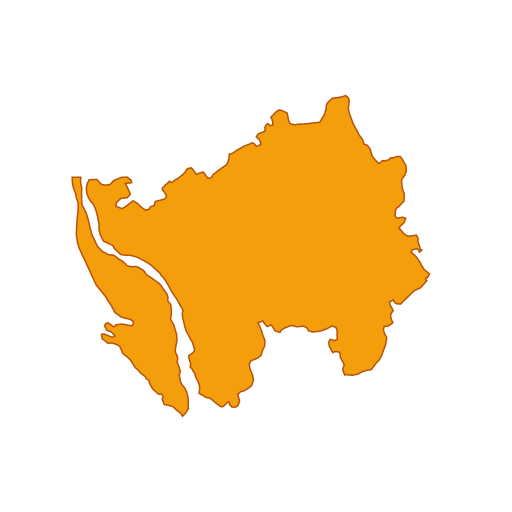 Markz Bani Mazar, Al Minya, Egypt (Natural Earth projection), rotated 153°
{"feature_id": "37247803B20583905741630", "entity_name": "Markz Bani Mazar", "entity_type": "district", "adm_level": 2, "iso_a3": "EGY", "parent_name": "Egypt", "parent_adm1": "Al Minya", "projection": "natural_earth1", "projection_center": [30.776, 28.515], "detail": "fine", "context": "isolated", "style": "filled", "palette": "amber", "viewbox_px": 512, "rotation_deg": 153, "n_neighbors": 0, "source": "geoboundaries", "source_scale": "gbopen_adm2", "svg_char_len": 6155}
<svg xmlns="http://www.w3.org/2000/svg" viewBox="0 0 512 512"><g transform="rotate(153 256 256)"><path d="M369.1,159.6L364.4,152.2L362.0,150.9L360.4,147.8L358.1,142.3L355.8,137.6L353.5,136.8L347.7,138.6L346.2,137.8L346.9,136.2L346.9,135.4L346.0,132.3L343.1,130.7L340.1,130.8L338.1,132.7L336.5,134.1L335.1,141.3L333.7,141.3L331.5,142.1L328.5,141.4L324.1,141.5L318.9,142.4L314.6,146.5L313.2,151.3L312.6,158.5L311.2,162.5L308.3,164.9L300.9,164.3L296.5,165.2L293.6,168.5L289.2,171.8L286.4,176.6L285.8,182.9L285.1,186.9L284.5,193.3L284.6,195.7L279.4,195.0L279.3,193.4L278.5,188.7L277.7,187.9L274.1,188.0L273.3,185.6L273.2,180.9L269.4,177.0L267.2,178.6L262.8,178.8L256.1,178.1L251.6,174.3L245.6,172.0L243.3,168.9L243.3,165.7L240.2,162.7L236.5,161.2L232.0,159.7L226.1,159.0L220.2,159.2L217.2,156.1L217.8,152.1L220.0,148.1L221.4,144.9L224.3,144.8L227.4,147.9L228.1,147.9L230.3,146.2L231.7,142.2L231.5,135.1L229.3,135.1L225.6,132.9L225.5,130.5L226.9,127.3L226.7,119.3L230.4,115.3L231.0,109.7L230.2,109.7L227.9,108.3L225.0,106.4L224.2,105.9L221.3,105.2L219.0,104.5L213.9,104.6L209.4,103.9L204.9,102.4L199.8,104.9L196.2,106.6L193.2,107.5L189.6,110.0L180.9,118.1L176.6,123.8L176.7,128.5L176.0,132.5L173.8,135.0L170.1,133.5L164.2,134.4L164.3,137.6L162.9,142.4L160.7,144.0L158.5,144.9L158.7,152.0L158.0,154.4L156.8,154.4L153.6,154.6L153.5,151.4L152.7,149.8L149.0,147.5L142.7,149.6L138.7,150.8L130.5,153.3L125.6,153.1L124.0,152.9L115.1,156.4L115.4,157.0L115.3,158.9L113.7,159.6L113.0,158.8L109.5,161.3L112.6,168.4L112.5,171.2L112.8,172.8L112.6,175.5L113.1,179.2L113.7,182.9L116.0,189.1L113.9,190.5L110.0,189.8L108.6,188.2L108.6,185.2L105.5,186.0L106.5,187.4L105.1,195.4L103.6,197.9L103.7,201.9L109.2,203.4L112.6,205.7L114.3,209.4L115.3,214.0L115.5,215.1L116.0,215.5L113.6,217.5L112.1,217.5L109.1,218.4L105.5,221.6L107.8,224.0L112.3,225.4L113.7,226.2L113.8,228.6L110.9,233.4L108.8,235.0L106.6,235.1L102.2,236.8L99.2,237.7L97.8,240.1L95.7,244.1L95.0,249.7L92.2,256.9L90.8,258.5L87.1,260.2L84.2,262.7L83.5,263.5L81.4,268.3L81.6,275.4L82.4,279.4L86.1,280.9L88.1,280.8L91.3,282.3L94.3,281.5L98.0,282.2L100.2,283.7L101.7,282.9L104.6,282.8L106.2,287.5L107.1,292.2L106.4,296.2L105.7,299.4L106.6,304.2L108.9,306.5L108.2,311.3L109.1,316.8L109.4,330.3L108.7,335.1L108.1,340.6L106.8,345.4L102.5,351.9L101.8,355.1L103.3,358.2L107.8,358.9L112.3,360.4L116.0,361.9L119.7,361.0L122.6,360.1L124.8,358.5L126.9,355.2L130.5,351.2L138.5,346.2L154.2,352.1L158.7,354.4L161.6,355.1L165.4,358.2L165.5,362.2L164.1,366.2L163.4,369.4L166.5,373.3L168.7,375.6L172.4,375.5L176.8,373.8L179.8,372.9L179.7,370.5L180.4,367.3L181.8,364.9L184.0,365.7L185.6,368.8L187.8,368.0L190.0,366.3L189.9,365.5L191.4,363.1L197.3,363.7L198.8,363.7L201.7,362.0L200.1,358.1L200.8,353.3L204.4,353.2L206.0,353.7L206.7,357.2L208.3,358.7L211.2,358.6L211.7,358.7L216.4,359.3L220.7,359.1L225.4,358.9L230.4,358.1L233.4,358.9L236.2,354.8L236.7,354.3L237.7,353.2L240.6,350.7L248.0,349.8L257.5,347.9L259.7,346.3L261.2,346.3L263.4,347.0L264.2,350.2L264.3,352.5L265.1,354.9L268.8,355.6L271.7,355.5L273.4,363.4L274.1,364.2L277.8,364.9L282.2,362.4L285.2,361.7L289.5,360.6L294.0,360.5L297.7,359.6L299.2,362.0L301.4,361.1L305.1,360.3L306.5,359.4L308.0,359.4L309.4,357.8L308.6,354.6L308.5,349.8L311.4,348.2L321.1,350.3L324.0,347.1L327.7,347.8L329.9,346.1L332.8,346.9L333.6,346.9L336.7,353.1L337.5,356.3L340.5,361.0L350.1,359.1L353.8,359.1L358.3,363.7L356.2,366.9L350.3,368.7L344.3,366.4L339.9,368.1L339.4,376.1L339.4,380.0L335.7,378.5L333.5,377.8L332.8,380.2L335.1,384.9L340.3,387.2L348.5,387.8L353.6,386.0L358.1,387.5L361.1,389.8L361.8,392.2L363.1,396.5L370.3,399.7L371.0,398.8L373.3,397.4L376.3,393.6L378.1,389.4L378.7,386.2L378.6,380.3L377.7,377.2L377.4,374.1L377.6,371.2L378.5,366.3L379.9,360.6L381.5,355.6L383.9,350.7L385.0,346.3L385.2,341.6L385.1,338.7L384.0,336.8L382.4,335.2L380.7,332.8L379.2,331.1L378.7,329.3L378.9,327.1L377.4,323.1L376.1,319.0L374.6,317.7L370.8,315.3L368.1,314.1L364.5,310.8L362.0,308.4L358.6,303.6L356.1,299.9L353.5,295.3L352.6,292.6L350.7,287.6L349.4,284.3L349.3,281.2L348.4,279.0L347.7,274.3L347.4,269.2L347.3,262.8L346.1,252.6L346.0,246.8L345.8,243.5L345.7,240.4L347.5,238.8L348.9,235.7L351.7,224.5L352.2,221.4L352.1,211.9L351.8,207.5L352.7,203.2L353.1,200.8L354.5,199.2L356.4,198.3L358.9,198.0L360.3,198.0L361.6,197.3L362.0,196.0L362.7,193.1L363.1,189.5L365.1,187.0L364.3,184.6L364.2,181.7L363.9,179.0L364.7,175.9L364.6,169.7L365.2,166.4L366.2,163.9L368.0,161.0L369.1,159.6ZM376.4,405.8L384.1,409.6L386.8,403.4L387.9,398.9L388.2,394.2L389.9,388.2L390.4,383.9L394.5,376.2L398.2,370.8L406.1,357.3L409.1,348.5L410.0,343.4L411.5,302.7L408.4,287.9L408.4,285.5L407.5,277.6L407.3,269.7L404.2,263.4L401.2,260.3L397.4,257.2L395.2,254.1L395.8,251.7L398.0,250.1L400.3,251.6L406.3,256.2L412.2,258.4L413.0,257.6L415.2,257.6L416.0,259.9L418.3,263.8L421.2,263.8L422.7,262.2L422.6,257.4L419.5,254.3L417.9,248.8L420.9,248.7L427.0,255.7L429.2,256.4L430.6,252.4L427.5,245.4L423.8,243.9L420.7,240.8L418.5,237.7L418.5,233.3L419.0,230.5L418.3,228.1L416.7,225.0L415.1,220.3L414.2,210.8L413.5,210.0L411.8,203.7L409.5,199.0L409.5,196.6L407.9,193.5L408.6,191.1L408.5,184.7L405.4,176.9L403.1,176.1L402.3,173.0L404.5,171.3L405.2,166.5L405.1,165.0L403.6,164.2L398.4,159.6L396.8,154.8L394.5,150.1L394.3,146.6L390.0,147.9L385.7,150.8L385.6,150.7L385.2,151.8L383.6,154.8L382.6,156.6L381.6,159.0L380.4,162.2L379.4,166.9L379.5,170.9L380.4,175.3L380.2,178.6L379.7,180.6L378.3,184.9L375.8,187.6L375.3,190.5L374.7,194.0L374.7,196.7L373.7,198.1L372.3,200.3L371.5,202.8L371.6,206.1L370.8,208.5L368.2,212.3L365.9,215.1L364.1,217.8L362.3,222.4L361.6,226.7L360.6,231.1L360.7,236.9L360.5,239.4L358.5,241.6L356.3,245.4L354.7,249.5L354.1,251.7L355.0,256.1L353.2,259.2L352.6,262.0L353.8,270.6L354.5,275.2L356.9,279.6L359.2,284.3L362.0,288.9L362.7,294.0L365.7,299.0L367.6,301.0L372.6,303.5L375.4,305.9L376.0,308.6L377.5,312.5L379.7,315.4L381.2,319.2L382.9,321.8L386.9,324.2L388.1,326.1L390.7,329.6L392.9,336.7L392.7,341.4L392.5,349.4L391.3,355.4L389.0,364.5L388.2,369.0L387.7,372.1L387.7,375.9L387.8,380.4L385.8,385.3L382.2,392.5L380.6,395.2L379.4,399.4L378.4,402.3L377.0,404.6L376.4,405.8Z" fill="#f59e0b" stroke="#b45309" stroke-width="1.5"/></g></svg>